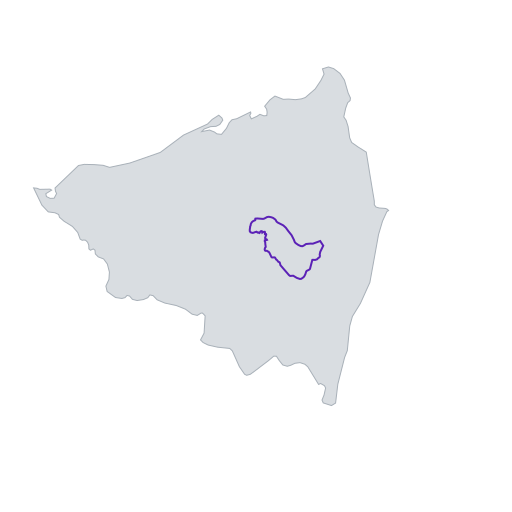 Boaco on a map of Nicaragua (Mercator projection), rotated 241°
{"feature_id": "NIC-668", "entity_name": "Boaco", "entity_type": "Department", "adm_level": 1, "iso_a3": "NIC", "parent_name": "Nicaragua", "parent_adm1": "", "projection": "mercator", "projection_center": [-85.423, 12.417], "detail": "fine", "context": "in_parent", "style": "outline", "palette": "violet", "viewbox_px": 512, "rotation_deg": 241, "n_neighbors": 0, "source": "natural_earth", "source_scale": "10m", "svg_char_len": 4310}
<svg xmlns="http://www.w3.org/2000/svg" viewBox="0 0 512 512"><g transform="rotate(241 256 256)"><path d="M423.4,94.5L421.4,97.3L419.1,99.2L414.3,108.3L412.7,109.2L412.4,102.4L409.6,101.5L406.2,103.9L404.4,107.4L407.3,111.9L409.8,112.0L412.9,113.2L421.2,144.6L419.4,150.2L414.3,158.9L409.4,166.3L404.5,170.9L398.5,190.6L393.0,222.5L396.9,251.2L394.9,277.6L396.7,283.9L397.2,291.7L393.2,293.1L390.9,292.8L388.6,288.1L388.8,283.9L391.2,278.9L392.2,272.3L391.1,268.8L388.7,276.4L384.5,279.8L381.8,281.0L379.1,284.8L382.0,292.1L385.6,297.3L386.8,301.1L385.4,305.7L384.6,321.1L383.3,320.7L382.0,318.6L378.2,318.4L377.7,324.6L378.0,328.1L374.8,330.8L373.6,333.5L376.3,335.4L379.2,336.5L382.8,336.2L385.8,343.9L386.7,350.1L379.8,355.8L377.5,360.5L373.6,366.3L371.4,371.9L370.7,376.0L373.4,388.8L378.1,397.9L382.1,403.7L387.5,404.9L386.2,411.0L382.2,414.8L374.9,418.0L366.9,418.6L353.8,415.6L348.4,415.2L346.3,413.6L345.7,410.6L341.9,406.2L335.1,400.2L331.1,400.6L324.6,399.3L313.9,395.2L308.9,394.7L301.7,398.2L293.4,402.8L273.4,395.6L259.4,390.6L246.7,386.1L243.4,384.3L240.6,384.7L238.2,387.1L235.5,391.3L234.6,392.5L233.1,393.6L231.5,394.0L231.4,392.0L225.2,383.6L215.4,373.6L177.7,342.8L163.9,324.3L156.4,311.0L149.4,304.1L129.0,290.0L124.3,284.3L104.2,265.4L88.8,254.3L88.6,249.5L94.9,243.6L98.0,243.9L101.4,248.1L106.8,252.9L109.4,253.0L113.2,250.7L113.3,248.5L133.9,247.6L137.6,246.3L141.4,242.8L143.3,238.0L143.6,233.3L144.4,229.9L147.7,226.6L153.7,225.6L158.4,225.3L159.8,223.0L158.4,215.9L155.9,198.5L155.3,193.6L156.2,190.0L158.1,188.7L167.2,187.8L184.5,189.3L187.9,188.2L194.8,178.3L201.3,171.0L205.9,167.8L209.5,166.8L213.7,173.2L228.3,182.5L230.8,181.9L232.2,181.4L232.7,180.1L232.5,175.8L236.1,171.9L243.7,168.5L251.3,162.3L259.0,153.5L265.6,148.3L271.2,146.8L273.4,144.3L272.0,141.1L272.5,136.4L274.7,130.4L278.0,126.9L282.3,126.0L284.0,124.1L283.1,121.2L283.9,118.1L287.8,113.0L297.1,108.6L302.4,110.1L306.8,116.0L313.0,120.0L321.0,122.1L327.3,121.3L331.7,117.6L335.7,116.5L339.2,118.0L341.1,117.1L341.3,114.0L343.2,113.3L346.6,115.0L349.7,115.4L352.4,114.6L353.5,113.1L354.0,111.6L356.0,110.4L363.0,111.5L370.8,109.8L379.4,105.0L385.1,102.9L388.0,103.5L391.3,101.1L395.3,95.7L404.3,93.4L423.4,94.5Z" fill="#d9dde1" stroke="#a8b0b8" stroke-width="1"/><path d="M256.5,266.5L256.9,266.6L257.6,266.8L258.3,267.4L258.9,268.1L259.2,268.9L259.7,269.1L262.1,270.0L263.5,270.7L264.7,270.8L265.3,271.2L265.2,271.4L264.8,273.4L265.3,273.4L266.5,272.5L267.4,272.7L269.7,275.3L270.2,275.4L270.4,274.7L270.7,274.4L271.3,274.6L272.0,275.1L272.4,275.4L272.9,275.4L273.2,274.9L273.4,274.3L273.5,273.6L273.4,272.8L274.7,273.2L275.3,272.6L275.2,271.5L274.4,270.2L275.4,269.3L275.7,269.2L275.6,268.9L276.2,268.5L276.8,268.1L277.0,268.1L277.3,267.0L277.6,264.9L278.0,264.0L279.4,262.7L280.8,262.6L282.2,263.4L284.3,265.0L284.7,265.2L285.3,266.1L285.9,266.5L286.4,266.9L286.8,267.4L287.5,268.6L287.8,269.6L287.9,271.0L287.7,272.2L287.7,272.5L287.8,272.8L288.7,273.2L289.0,273.6L288.1,275.5L285.3,279.7L285.0,280.3L284.8,280.9L284.7,281.7L284.7,284.5L284.4,285.4L284.1,286.2L282.8,287.8L282.0,288.6L280.9,289.5L278.7,290.5L277.7,290.7L277.2,290.7L276.5,290.6L275.7,290.8L274.6,291.3L270.2,294.3L269.3,294.8L266.3,295.8L262.3,296.3L257.0,297.2L253.8,297.1L251.6,297.0L249.8,296.7L249.0,296.7L247.9,297.0L245.1,298.4L243.2,299.8L242.8,300.2L242.3,301.0L242.1,301.3L242.0,301.8L242.0,303.7L242.2,305.0L242.2,305.6L242.0,306.1L240.5,309.5L240.4,309.8L239.6,311.0L239.2,311.8L238.0,319.4L232.4,319.8L228.5,314.2L226.4,312.4L225.2,312.0L224.6,311.5L224.2,311.0L224.1,310.5L224.0,309.3L223.5,307.8L223.9,305.8L225.1,303.9L225.3,303.4L225.1,303.2L218.6,297.0L218.4,296.6L218.3,296.1L218.3,294.8L218.4,293.3L218.3,292.9L218.1,292.4L216.2,290.4L215.3,289.1L214.8,288.3L214.4,287.2L214.1,284.6L214.6,283.3L216.8,281.3L217.2,281.0L220.7,279.0L222.0,276.2L223.2,275.6L236.1,272.9L237.1,273.2L238.3,273.4L238.7,273.6L238.9,273.6L239.2,273.5L240.1,272.7L241.0,272.6L242.5,272.3L243.2,271.9L243.5,271.9L245.0,271.9L245.4,271.8L245.7,271.7L245.9,271.4L246.9,269.4L247.0,269.3L247.1,269.2L247.3,269.1L247.6,269.0L252.3,269.3L253.1,269.2L253.5,269.1L253.6,268.9L253.9,268.7L254.5,268.5L254.8,268.3L255.1,268.1L255.3,268.0L255.5,267.7L255.7,267.3L255.8,267.0L255.9,266.9L256.5,266.5Z" fill="none" stroke="#5b21b6" stroke-width="2"/></g></svg>